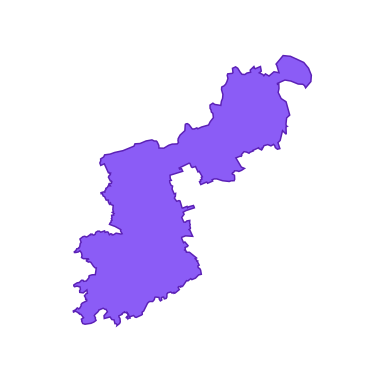 the district of Hama, Hamah, Syria, rotated 345°
{"feature_id": "27442178B84195179221003", "entity_name": "Hama", "entity_type": "district", "adm_level": 2, "iso_a3": "SYR", "parent_name": "Syria", "parent_adm1": "Hamah", "projection": "orthographic", "projection_center": [36.877, 35.227], "detail": "fine", "context": "isolated", "style": "filled", "palette": "violet", "viewbox_px": 384, "rotation_deg": 345, "n_neighbors": 0, "source": "geoboundaries", "source_scale": "gbopen_adm2", "svg_char_len": 5991}
<svg xmlns="http://www.w3.org/2000/svg" viewBox="0 0 384 384"><g transform="rotate(345 192 192)"><path d="M257.1,87.1L256.2,88.4L256.1,91.6L254.3,94.4L252.4,96.6L250.1,97.9L248.2,98.1L247.7,98.7L247.0,100.8L247.1,105.8L245.7,109.6L243.9,111.9L242.2,115.8L236.6,113.3L235.2,111.6L231.9,112.7L231.1,116.0L231.6,117.5L231.4,119.8L232.5,121.4L231.9,125.7L227.8,128.8L225.3,131.6L218.0,131.7L214.3,132.4L213.7,132.3L213.3,131.3L210.5,131.7L208.6,131.2L206.6,126.3L205.3,124.8L204.1,124.6L203.1,124.9L202.7,125.8L201.0,130.9L195.3,133.9L192.5,136.8L191.7,138.9L191.7,140.7L190.1,141.7L185.2,140.6L181.7,140.8L176.1,142.4L171.5,141.0L172.0,138.3L171.3,134.5L170.7,133.5L168.8,133.0L166.8,131.3L160.9,130.8L154.3,131.7L149.4,130.7L147.8,132.7L136.0,134.2L127.4,133.8L122.8,134.2L117.2,133.5L115.8,135.3L112.3,136.4L111.9,138.3L110.5,140.1L110.7,142.7L114.6,142.1L116.2,151.8L116.9,151.7L117.3,152.8L118.2,152.7L117.6,154.1L116.2,154.7L115.1,156.0L116.0,160.3L117.0,160.6L117.2,161.2L116.4,162.7L114.1,162.4L113.5,163.3L113.7,164.2L114.5,164.2L114.7,164.9L112.8,164.3L111.4,165.7L109.7,166.2L109.5,167.3L108.4,168.0L107.7,169.6L106.6,169.0L103.9,169.1L103.8,170.2L105.0,170.4L105.1,172.8L106.4,174.0L107.0,177.6L109.1,178.2L108.6,179.7L109.1,182.4L110.4,181.6L110.3,183.0L112.4,184.6L110.9,188.8L111.0,190.7L109.7,191.0L111.1,192.6L110.4,192.8L110.4,193.9L108.3,193.7L108.0,196.3L107.2,196.9L107.5,198.5L106.2,199.1L106.1,200.2L104.7,200.8L103.9,201.9L108.8,205.4L113.5,209.9L112.9,211.1L113.7,214.2L112.4,214.2L108.0,212.1L105.2,213.0L103.8,212.8L103.7,211.9L102.8,211.3L101.1,211.9L100.7,209.3L99.7,208.5L97.6,208.5L97.5,206.9L93.4,207.2L92.5,205.9L90.8,205.4L88.6,206.1L87.4,207.9L86.4,208.1L85.4,208.1L84.8,206.9L83.2,206.5L83.0,207.2L82.4,206.9L79.6,208.0L78.2,208.1L77.0,207.0L75.1,206.9L71.6,208.4L71.9,211.9L70.8,212.7L69.3,216.0L68.3,216.4L68.0,217.1L66.0,217.0L64.6,218.6L62.8,219.3L62.8,220.0L64.3,220.4L66.7,220.5L68.5,219.8L69.5,222.2L69.3,224.9L68.3,226.7L69.8,228.3L74.5,229.6L74.7,230.1L72.4,230.6L72.2,231.3L73.8,232.9L74.9,232.9L76.1,233.8L77.7,238.4L78.9,240.3L79.9,240.6L77.2,246.8L74.0,246.1L71.4,246.2L70.7,246.5L70.4,248.0L66.9,250.6L64.3,250.3L63.9,249.1L62.4,248.7L59.8,250.2L57.5,250.0L53.9,251.1L53.5,252.0L54.0,253.1L56.6,253.2L59.3,254.8L59.0,257.2L57.9,258.2L57.6,259.9L60.8,261.3L65.1,259.4L64.7,262.8L63.5,262.8L61.2,264.5L61.8,266.6L61.5,268.2L62.4,268.4L62.2,269.9L57.2,270.9L55.8,271.9L55.5,273.2L53.3,275.3L52.1,275.5L51.5,274.4L50.3,274.6L49.9,275.4L46.5,276.2L46.5,277.3L48.6,277.0L51.6,279.8L51.2,279.9L52.1,281.2L53.2,281.6L53.6,282.7L54.7,285.4L52.2,286.2L52.3,288.0L52.0,288.2L52.4,290.7L54.4,292.0L60.4,292.7L63.6,292.2L66.1,291.2L65.8,289.3L66.2,288.5L65.6,286.2L66.5,285.3L69.6,283.7L71.3,282.4L71.4,281.9L76.1,281.3L77.6,282.8L78.6,283.1L79.3,285.8L75.0,288.7L74.5,291.5L80.5,291.5L81.5,294.4L83.6,295.4L83.5,299.2L84.5,299.5L85.4,300.7L84.9,301.6L88.0,300.3L89.1,298.9L89.7,295.4L89.1,293.8L89.3,292.7L92.8,292.1L92.8,291.5L95.7,290.3L96.0,291.2L97.7,291.2L97.7,292.0L98.3,291.9L98.3,293.7L98.9,293.6L99.0,295.2L97.0,295.4L97.0,295.9L96.0,296.1L96.1,296.6L96.9,296.9L97.2,298.0L97.8,297.5L99.6,297.7L99.5,296.4L103.6,296.2L104.7,298.2L105.7,298.7L111.2,297.8L112.3,297.4L112.7,295.2L114.5,294.5L120.3,287.9L122.5,286.8L125.7,287.6L127.7,286.2L128.9,284.1L129.9,284.1L132.8,285.3L132.7,287.4L133.3,289.0L134.9,288.5L135.0,286.3L135.9,285.9L137.4,286.2L137.6,288.1L139.5,288.1L140.5,287.0L141.4,284.0L142.6,283.1L145.6,283.1L146.6,284.5L148.5,284.3L148.4,285.2L149.6,285.2L154.5,283.0L153.9,280.6L154.2,280.2L155.0,279.9L156.4,280.9L157.1,280.0L157.8,280.8L158.9,280.4L163.8,276.2L165.0,276.8L168.4,275.4L169.2,276.6L173.1,276.1L176.9,273.8L179.7,273.9L180.1,269.8L179.7,268.0L178.5,266.8L178.4,266.0L178.5,265.0L180.0,264.5L179.3,261.2L179.7,260.1L178.7,259.9L178.8,259.0L177.8,257.3L179.3,256.9L174.0,249.6L171.0,248.7L171.1,247.6L169.9,246.1L170.8,245.6L170.9,243.8L173.5,243.5L174.3,242.8L172.2,238.4L170.7,238.8L170.0,233.8L170.5,233.1L174.5,232.7L181.2,235.0L180.2,228.9L179.4,227.5L180.9,227.0L181.2,226.2L181.1,223.9L181.8,223.2L181.7,221.2L182.5,218.9L179.6,218.6L177.8,219.5L176.3,218.9L175.5,213.9L178.6,211.5L178.2,209.2L181.3,208.4L190.2,207.9L190.2,207.2L189.9,205.4L185.1,205.4L183.7,206.0L183.5,204.6L178.9,205.1L178.3,204.8L178.1,197.6L177.2,196.9L174.8,197.0L173.4,193.4L174.2,192.1L174.7,192.1L175.8,189.1L174.3,189.2L173.5,184.0L174.8,181.3L173.5,180.0L173.0,176.9L173.4,175.2L175.0,175.4L174.5,173.2L175.1,170.1L188.4,169.6L187.9,166.8L186.0,166.7L185.8,165.5L196.6,163.4L197.4,163.9L197.9,167.6L198.6,168.4L202.0,168.3L203.0,174.2L204.3,173.9L205.9,180.0L204.8,180.2L204.9,182.1L203.2,182.6L203.2,183.8L201.9,184.0L202.4,187.1L208.4,186.2L208.9,186.3L209.3,187.6L214.8,186.8L214.6,185.4L216.9,185.1L219.4,185.8L224.4,189.0L230.7,191.5L232.6,191.3L235.6,192.0L236.5,190.8L237.3,187.2L236.8,185.9L235.7,185.3L235.6,184.5L236.2,183.9L237.6,183.6L238.5,182.6L241.0,183.2L242.6,184.3L245.5,183.9L248.8,182.8L246.1,180.7L243.2,170.4L247.6,169.9L248.7,170.3L249.5,169.7L249.5,168.6L252.7,166.5L255.1,167.6L257.1,169.3L258.3,168.6L261.7,168.2L261.5,167.6L267.8,166.5L267.9,167.4L270.1,169.4L271.1,168.6L271.0,167.8L271.9,167.7L273.5,165.9L277.4,165.8L280.2,167.9L283.1,167.1L283.9,168.8L284.0,170.7L285.6,172.8L288.1,172.8L287.8,166.6L290.5,165.0L295.3,156.2L297.6,160.1L298.1,160.1L299.6,153.6L300.9,153.2L300.2,152.7L300.3,150.8L302.6,144.9L306.3,143.0L306.2,129.2L302.3,124.8L301.0,118.1L302.8,114.6L303.8,110.2L302.5,110.2L302.6,109.2L310.7,107.9L316.2,110.4L322.5,115.2L326.9,116.6L328.2,118.3L328.7,120.8L335.4,116.1L337.5,110.1L336.6,102.6L333.5,95.8L322.2,86.4L315.3,83.8L306.3,90.2L306.7,91.7L306.9,99.3L302.3,97.1L296.4,99.9L293.5,96.9L291.5,98.3L290.9,96.9L287.8,94.3L290.2,93.2L290.6,88.5L285.0,89.3L284.1,88.5L284.5,88.0L284.3,86.8L279.8,89.3L279.6,91.5L275.8,91.3L273.5,92.2L270.8,91.3L269.6,88.9L268.2,84.3L266.5,82.4L263.1,83.0L262.5,87.3L261.5,87.8L257.1,87.1Z" fill="#8b5cf6" stroke="#5b21b6" stroke-width="1.5"/></g></svg>